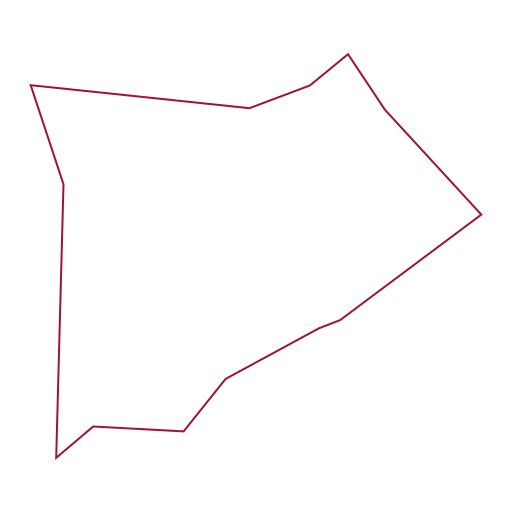 the district of Hopewell, Virginia, United States of America
{"feature_id": "52423323B69617253106645", "entity_name": "Hopewell", "entity_type": "district", "adm_level": 2, "iso_a3": "USA", "parent_name": "United States of America", "parent_adm1": "Virginia", "projection": "natural_earth1", "projection_center": [-77.3, 37.288], "detail": "fine", "context": "isolated", "style": "outline", "palette": "rose", "viewbox_px": 512, "rotation_deg": 0, "n_neighbors": 0, "source": "geoboundaries", "source_scale": "gbopen_adm2", "svg_char_len": 286}
<svg xmlns="http://www.w3.org/2000/svg" viewBox="0 0 512 512"><path d="M30.7,85.2L63.5,184.3L56.2,457.8L93.2,426.5L183.6,431.4L225.6,378.9L318.9,328.3L340.1,320.1L481.3,214.6L384.9,109.7L348.0,54.2L310.0,85.4L249.4,108.2L30.7,85.2Z" fill="none" stroke="#9f1239" stroke-width="2"/></svg>